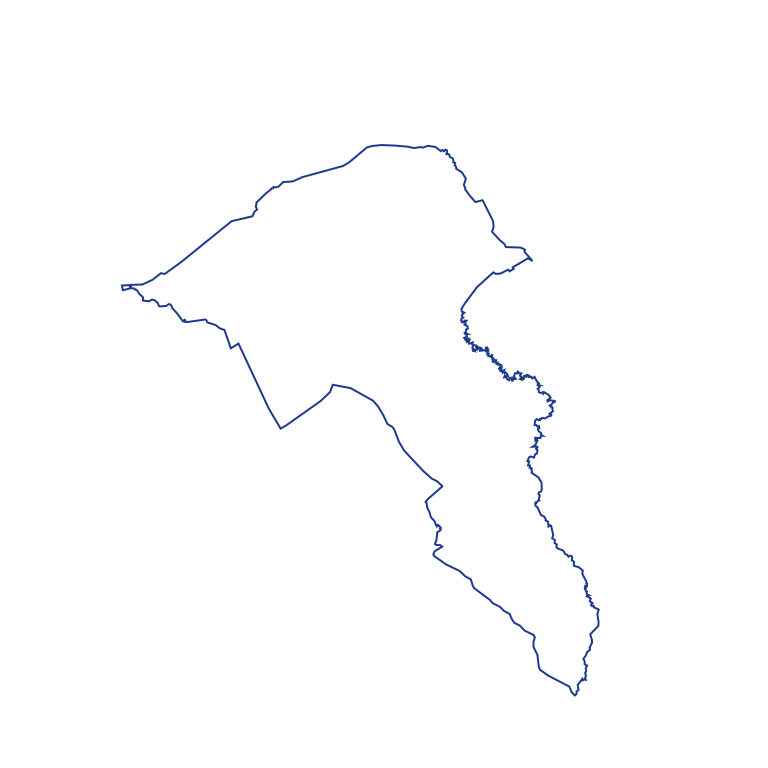 outline of Madrid, Cundinamarca, Colombia, rotated 107°
{"feature_id": "7082276B83937578345103", "entity_name": "Madrid", "entity_type": "district", "adm_level": 2, "iso_a3": "COL", "parent_name": "Colombia", "parent_adm1": "Cundinamarca", "projection": "albers", "projection_center": [-74.258, 4.77], "detail": "fine", "context": "isolated", "style": "outline", "palette": "blue", "viewbox_px": 768, "rotation_deg": 107, "n_neighbors": 0, "source": "geoboundaries", "source_scale": "gbopen_adm2", "svg_char_len": 6166}
<svg xmlns="http://www.w3.org/2000/svg" viewBox="0 0 768 768"><g transform="rotate(107 384 384)"><path d="M615.1,110.8L608.0,108.1L609.2,107.3L608.2,106.4L607.9,104.6L606.3,105.7L603.5,105.7L601.7,107.1L599.1,106.8L596.9,108.0L593.9,107.4L593.3,110.2L590.5,111.0L588.5,113.0L585.0,111.7L580.7,111.3L578.1,109.3L576.0,110.3L570.6,109.4L567.6,110.5L563.2,113.6L552.6,108.3L548.9,109.2L541.6,112.7L536.9,112.7L536.2,118.0L534.9,118.6L535.5,120.0L535.1,121.2L534.0,121.4L532.6,120.4L531.5,123.8L528.7,123.5L527.6,128.1L526.9,128.0L526.2,126.4L525.8,128.3L524.6,129.3L523.2,129.2L522.8,130.6L520.7,131.3L521.3,131.7L520.8,132.3L518.1,132.5L518.2,130.8L515.7,131.3L515.3,132.4L513.8,132.6L507.7,138.8L504.2,139.4L502.3,144.0L502.3,149.3L498.4,150.4L497.6,152.9L494.8,153.3L493.7,154.3L493.7,155.6L495.2,157.1L493.8,158.7L493.8,160.8L490.9,163.9L490.5,169.7L489.6,171.5L486.9,171.8L486.3,174.3L483.2,175.0L482.3,178.1L479.0,178.0L470.8,182.7L470.5,183.7L472.2,185.0L467.8,186.8L467.2,189.5L465.2,190.4L463.9,192.3L463.4,195.6L457.1,201.1L456.1,203.6L453.2,204.6L453.2,203.5L450.4,202.6L449.9,201.4L447.9,202.4L445.2,202.4L443.6,204.3L442.1,204.0L440.9,202.4L439.3,202.2L432.5,204.4L428.2,208.9L425.7,216.9L423.7,217.2L422.6,218.3L421.5,218.1L421.5,220.3L419.3,220.6L419.7,222.5L415.6,222.6L415.7,224.3L411.7,223.8L410.4,222.6L410.6,219.1L406.9,218.8L405.7,217.4L402.1,218.0L401.6,219.6L399.7,218.7L399.1,219.2L400.5,223.5L398.3,221.5L393.0,220.7L392.3,221.4L393.8,222.7L391.2,223.7L389.9,218.5L387.5,218.9L387.1,217.2L386.6,218.9L385.2,219.3L383.5,222.9L381.9,223.6L380.8,222.5L378.9,223.5L379.9,224.7L378.7,226.4L379.3,227.9L375.2,228.8L372.9,227.8L373.4,225.4L372.9,224.2L371.6,224.5L371.3,223.3L370.2,222.9L369.7,219.7L367.2,217.7L365.4,214.9L364.5,215.0L364.0,217.0L360.7,214.5L357.3,216.2L356.5,215.5L357.5,216.7L356.1,219.2L354.7,217.8L352.0,217.0L351.4,215.5L350.4,215.5L350.7,219.2L351.6,221.4L352.8,222.4L351.8,223.1L348.3,220.7L346.3,223.4L345.1,228.1L346.7,228.8L345.3,229.6L346.6,231.1L346.7,233.3L344.1,234.7L343.8,235.6L341.8,234.4L340.7,235.5L339.9,234.2L339.9,235.5L338.7,235.8L339.8,236.8L337.2,237.4L336.7,238.7L333.2,242.0L335.3,243.5L334.9,244.7L334.0,245.0L334.9,247.3L333.8,247.3L333.3,249.7L334.4,250.8L334.7,249.7L335.4,249.8L335.5,252.5L338.2,251.8L339.7,253.1L339.4,255.3L337.5,253.9L336.4,256.3L333.7,255.8L334.5,259.1L333.1,259.1L333.0,259.7L334.9,259.8L335.4,261.8L338.6,262.0L340.6,259.5L341.4,261.4L340.7,262.8L343.2,261.9L343.3,262.7L341.3,263.6L341.6,265.9L343.7,265.3L343.6,267.2L341.6,269.5L342.5,271.0L341.1,270.9L340.1,267.8L338.0,269.7L337.7,270.7L338.6,271.4L337.0,272.3L338.0,273.3L335.8,273.2L337.8,275.1L337.3,276.7L335.7,275.9L334.0,276.2L336.4,277.5L335.7,278.4L334.6,278.3L334.2,277.1L332.6,277.9L331.7,277.6L331.2,279.7L332.1,280.1L332.1,281.2L330.5,281.6L331.6,282.6L330.0,283.6L328.5,283.6L328.7,284.5L330.2,285.1L328.8,285.8L330.5,286.6L328.6,287.6L327.4,287.5L327.2,289.0L324.8,288.7L324.7,289.5L326.5,290.2L326.8,292.4L325.7,292.6L325.5,293.8L324.2,292.9L323.8,294.3L322.1,294.0L322.8,295.7L321.1,295.8L320.1,294.8L318.9,296.3L319.4,297.2L320.9,296.8L322.4,297.6L324.1,301.9L322.9,302.2L322.8,300.8L322.0,300.5L321.1,302.0L321.3,304.4L322.0,305.0L322.7,304.3L322.9,304.9L320.8,305.7L320.3,306.8L321.1,307.1L324.1,305.2L325.1,307.2L324.6,308.2L325.5,308.3L326.1,307.3L326.2,308.7L323.0,310.2L320.3,309.2L320.3,311.2L318.3,311.3L320.6,314.4L319.4,315.4L316.9,315.1L317.3,316.3L319.4,317.2L318.6,317.9L316.3,316.8L317.7,319.4L316.4,320.8L314.7,318.4L313.1,319.6L312.2,319.6L311.8,318.5L311.6,319.6L312.4,320.8L311.6,321.9L310.1,320.9L307.8,321.4L306.5,320.0L304.3,321.1L303.8,324.1L302.6,323.4L301.5,324.6L299.4,323.7L299.8,325.5L302.0,326.2L302.1,327.7L301.1,327.9L300.7,328.9L299.3,329.0L297.3,327.6L296.5,329.4L295.3,329.7L292.3,328.1L292.1,330.7L289.5,331.9L283.5,330.3L264.2,323.4L245.3,312.1L246.0,309.5L244.4,305.0L238.3,298.7L239.6,296.9L236.0,293.7L234.8,295.0L221.7,283.1L222.9,277.9L217.0,287.6L216.0,288.6L214.5,288.3L214.2,289.0L213.6,293.3L217.4,307.5L214.9,309.9L212.5,315.5L206.8,325.2L201.7,325.1L196.2,327.4L179.4,343.5L183.3,349.8L178.3,357.9L173.9,363.4L172.4,363.8L170.5,365.8L163.6,365.8L158.8,371.4L157.0,377.9L155.1,378.6L154.3,380.3L151.8,380.6L151.7,382.6L150.4,382.7L148.0,384.5L147.6,387.3L145.3,389.0L145.8,391.5L143.5,391.5L142.0,392.4L142.1,393.9L143.9,394.6L143.2,396.8L144.6,397.8L142.3,404.2L143.4,411.6L146.6,416.1L146.8,418.4L149.6,424.4L150.2,431.1L152.6,442.4L156.2,456.2L159.8,464.8L162.8,469.5L182.3,482.2L187.6,487.1L209.8,522.2L217.0,530.6L220.4,539.5L226.1,542.6L227.8,545.3L227.9,547.3L229.2,547.4L229.8,548.8L231.0,549.0L236.2,552.6L247.9,559.1L249.6,558.4L251.5,558.7L254.2,556.4L257.0,558.2L262.1,558.9L272.8,577.3L326.8,613.7L342.9,625.9L343.3,629.8L352.0,635.8L359.5,644.1L363.2,655.0L365.6,654.3L365.9,654.8L364.0,656.6L366.4,663.4L370.7,661.1L366.3,654.0L365.7,650.5L366.5,649.9L366.3,648.1L369.6,643.9L371.6,639.8L374.7,639.0L373.6,632.8L371.2,630.7L370.9,628.7L372.2,624.6L375.2,622.0L375.3,620.9L373.1,615.2L370.4,613.0L370.5,611.5L371.3,610.0L373.2,608.9L377.1,602.3L382.7,594.8L380.9,593.4L381.3,592.6L382.8,592.7L382.3,590.3L374.6,573.9L375.0,572.4L376.7,571.1L376.9,562.0L378.8,557.4L379.0,552.4L394.6,540.9L387.9,535.0L388.4,534.5L441.3,486.9L456.9,469.8L451.9,465.2L418.9,439.7L407.7,433.3L399.7,432.7L397.7,414.7L403.2,389.5L407.3,383.0L414.2,375.4L421.2,369.1L422.7,363.3L424.8,360.6L435.0,352.7L441.9,345.1L455.9,320.7L460.6,310.4L461.4,305.1L464.4,298.6L464.9,298.3L480.7,308.1L484.7,309.8L485.3,308.5L489.9,306.3L493.3,303.0L497.7,300.2L500.3,295.6L503.8,293.0L503.2,292.0L504.6,291.5L503.2,290.5L505.0,287.5L505.8,288.3L507.2,287.1L510.2,289.7L517.9,288.2L522.1,288.5L522.7,286.8L521.6,283.3L522.6,280.8L529.1,286.6L532.2,287.0L533.7,286.1L538.4,271.9L540.7,256.8L544.1,250.3L545.5,243.8L551.0,240.1L553.0,237.8L559.6,219.3L561.7,216.3L563.3,207.8L565.9,202.9L567.3,196.4L571.2,193.3L574.3,189.6L575.3,183.5L578.7,177.5L580.3,167.5L582.2,165.7L587.3,165.6L591.8,164.1L598.1,158.1L609.2,153.3L611.7,151.1L614.8,142.0L619.2,118.3L624.0,114.3L626.0,110.4L624.2,109.3L621.6,109.9L619.8,108.5L615.1,110.8Z" fill="none" stroke="#1e3a8a" stroke-width="2"/></g></svg>